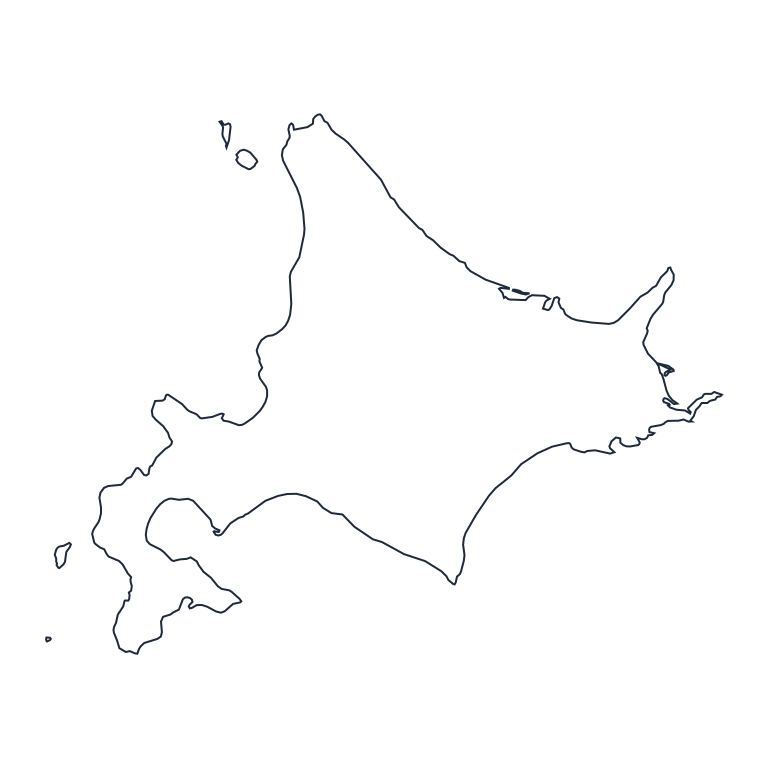 outline of Hokkaidō
{"feature_id": "JPN-1847", "entity_name": "Hokkaidō", "entity_type": "Circuit", "adm_level": 1, "iso_a3": "JPN", "parent_name": "Japan", "parent_adm1": "", "projection": "natural_earth1", "projection_center": [142.428, 43.461], "detail": "fine", "context": "isolated", "style": "outline", "palette": "slate", "viewbox_px": 768, "rotation_deg": 0, "n_neighbors": 0, "source": "natural_earth", "source_scale": "10m", "svg_char_len": 6099}
<svg xmlns="http://www.w3.org/2000/svg" viewBox="0 0 768 768"><path d="M714.1,392.0L721.9,394.7L720.4,396.3L717.0,396.9L715.3,399.5L709.9,400.9L707.4,403.0L701.7,403.0L699.4,406.4L695.9,409.9L693.8,416.1L690.3,420.7L691.7,421.5L688.4,421.6L683.6,419.5L678.6,420.7L668.0,420.9L665.7,422.0L663.5,424.0L660.7,425.1L651.0,426.8L649.7,427.9L649.1,429.7L649.5,432.1L654.2,433.2L652.2,434.9L648.3,435.3L647.1,437.8L644.7,439.2L642.1,439.3L637.1,437.8L639.7,442.4L639.3,444.1L638.3,445.0L630.0,446.5L626.4,446.3L623.2,445.1L620.4,442.7L620.2,438.4L615.9,437.5L611.6,441.2L609.4,446.3L610.0,448.2L614.4,452.2L610.1,453.6L595.2,450.3L587.2,451.0L584.5,452.4L581.3,451.9L573.6,449.3L571.7,447.6L570.1,443.7L568.8,443.1L566.5,443.3L552.0,446.7L537.4,453.3L521.2,464.1L511.3,475.5L495.6,488.1L489.0,495.7L475.9,515.1L465.6,533.0L463.8,538.5L463.1,544.7L464.5,555.2L463.8,560.8L461.0,571.5L459.8,574.2L457.0,576.6L455.7,582.5L454.6,584.4L452.9,583.8L448.4,580.0L446.4,576.2L441.3,571.2L425.1,561.1L404.0,554.1L381.9,542.0L372.9,539.3L354.3,526.7L342.5,514.5L331.5,513.1L323.0,507.9L317.3,501.5L306.0,496.2L296.5,493.8L287.2,494.0L278.1,495.9L265.4,500.8L248.2,513.4L245.3,514.6L243.2,516.5L238.4,518.0L230.3,523.4L222.5,533.4L220.8,534.8L218.3,535.5L215.7,534.8L213.6,531.7L214.1,531.2L218.2,532.0L219.1,531.7L219.4,530.3L215.2,528.5L212.2,526.0L210.5,519.6L193.2,500.8L188.2,498.8L179.0,499.8L171.5,498.6L168.9,498.8L164.4,500.8L160.2,504.2L156.4,508.6L150.5,518.0L148.2,523.3L146.6,528.9L145.8,534.8L146.8,540.8L149.9,544.2L160.6,549.6L163.9,552.2L171.6,560.2L173.5,561.0L179.9,559.4L186.6,558.9L190.7,557.4L196.9,561.5L198.6,565.1L203.5,571.8L210.9,577.7L217.8,586.2L221.6,588.9L229.1,590.3L231.6,591.8L239.5,598.8L241.3,601.3L240.2,602.4L233.1,603.9L224.8,611.2L221.0,612.7L216.1,611.5L207.2,606.7L201.9,605.0L196.8,605.1L192.1,607.8L189.8,608.4L188.8,606.5L189.7,604.6L192.5,602.0L191.9,599.7L190.0,598.0L187.4,597.3L184.9,597.6L182.9,599.2L178.9,609.6L172.7,612.7L170.5,614.5L163.1,616.8L161.0,621.6L161.9,632.3L160.8,636.6L157.4,638.9L144.2,643.0L140.7,646.3L139.1,648.8L137.3,653.7L134.8,653.3L129.8,651.1L125.9,652.0L119.4,648.2L117.0,640.3L113.9,632.7L113.5,629.9L114.0,627.1L116.0,622.9L117.8,614.7L123.2,606.4L124.5,601.1L125.0,600.5L128.2,600.6L129.1,599.3L129.6,595.2L128.9,592.5L131.1,590.7L131.8,586.2L130.6,581.6L130.5,579.2L131.2,577.2L127.8,573.4L122.6,564.4L119.1,561.0L108.7,556.6L106.8,554.3L104.2,549.3L100.0,547.5L95.3,543.9L94.2,542.5L92.2,534.0L92.8,531.5L94.0,528.8L98.5,522.1L99.6,519.2L101.0,513.3L101.0,507.4L99.4,497.6L100.5,492.6L104.1,487.8L108.3,486.0L120.9,484.8L122.5,483.7L126.9,478.5L131.1,476.8L136.1,468.5L137.9,468.0L140.2,469.7L144.1,475.0L146.3,475.5L148.6,473.8L149.5,467.8L150.3,466.4L152.2,465.4L156.4,457.6L165.2,449.0L169.6,446.2L171.4,444.1L172.1,441.6L169.5,437.6L168.0,432.8L163.1,426.1L155.7,419.6L152.6,416.0L151.8,410.8L155.1,401.0L162.7,400.6L164.7,399.2L166.0,395.4L166.8,394.7L168.3,394.8L182.1,404.1L187.0,409.5L189.1,411.1L196.6,414.3L200.2,418.0L201.6,418.4L212.3,416.9L220.2,413.9L222.5,413.6L223.7,414.3L221.8,418.3L223.6,420.7L228.6,421.5L238.9,425.2L242.2,424.8L244.9,423.4L252.9,417.8L259.9,410.8L262.6,407.0L265.4,402.0L267.1,396.2L267.1,390.2L265.8,386.7L260.0,378.5L258.9,375.0L259.2,372.4L262.2,367.8L259.4,361.4L259.7,359.0L257.3,353.2L256.7,350.3L258.8,344.6L261.6,340.0L265.8,336.9L268.2,335.9L272.6,335.3L276.5,333.5L282.3,329.0L285.6,325.4L288.1,320.8L290.1,314.8L291.3,304.0L289.8,276.5L290.9,271.8L299.3,257.3L304.0,234.7L304.5,228.9L303.2,212.7L300.2,197.1L296.9,188.0L283.1,160.7L281.9,155.2L282.8,149.4L286.4,144.9L287.4,141.2L289.6,137.7L289.7,135.6L288.4,129.4L289.5,125.2L291.3,123.4L292.5,124.2L293.2,125.3L294.0,129.7L307.5,127.1L312.9,123.7L313.2,119.1L314.8,116.9L317.4,114.9L320.0,114.3L321.6,115.7L324.4,121.1L327.5,122.8L331.5,129.7L335.6,133.6L344.4,139.6L348.3,143.1L381.0,179.7L390.5,197.3L394.1,199.5L399.0,207.4L419.0,228.1L422.3,229.8L426.6,236.1L433.0,240.2L440.8,247.8L449.7,254.2L453.4,255.7L459.3,261.1L464.9,262.9L466.7,267.4L470.5,271.2L485.7,279.7L508.9,287.9L508.9,288.8L500.5,287.9L499.0,288.8L502.5,292.9L504.0,297.9L505.4,296.9L508.2,299.1L509.6,299.5L525.6,300.1L528.5,297.0L531.9,295.2L544.4,295.8L549.8,298.8L546.6,300.5L545.2,302.2L543.0,308.6L547.9,310.1L549.4,309.4L551.6,306.1L554.3,298.1L557.1,297.1L559.3,298.6L558.5,302.3L560.9,307.9L563.4,309.5L565.1,313.8L566.0,314.8L571.4,318.4L576.7,320.2L591.2,322.5L608.8,323.9L613.7,322.9L618.2,320.2L630.1,308.2L640.4,296.7L647.7,292.5L652.5,287.8L656.1,285.8L661.0,277.2L667.1,271.3L668.4,268.0L670.3,267.5L671.2,270.1L673.7,274.5L673.6,280.2L671.4,285.0L665.3,292.5L664.2,295.2L663.2,301.6L662.4,303.6L653.1,314.6L650.5,318.8L646.7,328.3L647.7,330.7L647.1,333.4L643.2,342.2L643.6,344.9L648.0,353.7L656.2,362.3L658.7,366.4L660.2,372.9L661.7,374.1L663.6,379.5L666.5,390.5L668.7,395.6L672.3,400.0L677.3,403.6L674.0,404.1L667.4,398.9L664.4,398.2L663.4,399.3L663.2,400.8L663.9,402.1L669.1,403.9L669.7,404.8L668.0,405.4L669.9,407.4L676.3,409.7L685.1,410.5L690.2,413.6L690.7,412.0L688.5,409.9L688.0,408.2L696.8,399.6L702.1,397.3L703.7,394.6L705.0,393.9L711.4,393.9L714.1,392.0ZM256.4,159.7L257.3,161.6L255.3,164.1L254.6,165.9L250.4,169.0L248.6,169.2L241.5,165.6L238.2,162.9L236.3,159.9L237.8,157.4L236.4,154.7L240.0,150.8L243.7,149.7L247.0,150.7L250.4,152.7L256.4,159.7ZM69.3,542.9L70.9,544.4L69.8,547.1L66.3,552.0L65.0,561.7L63.4,564.5L59.3,568.1L58.3,567.7L56.6,565.2L57.0,563.7L56.2,561.4L56.2,558.7L54.8,554.7L56.2,549.7L57.6,547.7L59.2,546.6L63.9,545.7L69.3,542.9ZM228.4,123.4L230.1,124.4L230.6,126.8L229.0,140.2L226.5,147.6L225.9,145.8L226.6,144.0L222.8,136.5L222.4,133.8L223.1,127.5L222.6,126.1L219.6,121.7L221.6,121.2L223.7,124.7L225.1,124.8L228.4,123.4ZM668.3,365.9L673.4,369.6L673.7,370.9L668.5,372.6L667.0,375.1L665.6,375.8L664.5,375.2L664.8,373.1L666.0,371.9L670.5,369.5L657.0,363.2L668.3,365.9ZM519.8,290.9L522.9,292.8L529.5,293.3L525.9,294.5L521.3,293.6L512.8,290.7L513.1,289.7L515.1,289.7L519.8,290.9ZM49.9,637.7L50.8,638.9L50.0,640.1L47.0,641.5L46.5,641.0L46.1,639.2L46.5,637.5L49.9,637.7Z" fill="none" stroke="#1e293b" stroke-width="2"/></svg>